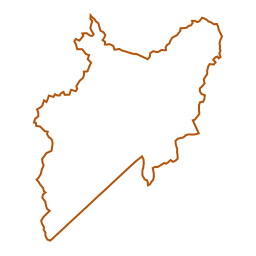 Barão do Triunfo, Rio Grande do Sul, Brazil (orthographic projection)
{"feature_id": "56859067B82234756423310", "entity_name": "Barão do Triunfo", "entity_type": "district", "adm_level": 2, "iso_a3": "BRA", "parent_name": "Brazil", "parent_adm1": "Rio Grande do Sul", "projection": "orthographic", "projection_center": [-51.79, -30.431], "detail": "fine", "context": "isolated", "style": "outline", "palette": "amber", "viewbox_px": 256, "rotation_deg": 0, "n_neighbors": 0, "source": "geoboundaries", "source_scale": "gbopen_adm2", "svg_char_len": 2798}
<svg xmlns="http://www.w3.org/2000/svg" viewBox="0 0 256 256"><path d="M90.6,15.4L90.4,19.0L92.3,20.9L91.0,25.1L90.4,28.1L91.5,30.8L93.7,34.1L92.3,35.9L90.0,35.6L86.6,33.2L82.4,33.4L83.3,35.9L79.4,40.6L75.8,39.0L74.3,41.4L76.0,44.4L77.2,49.2L82.1,49.2L86.0,54.1L89.1,55.1L87.7,59.2L91.1,62.7L89.7,65.6L87.4,71.4L83.8,71.7L84.1,74.6L83.0,77.9L79.5,81.0L76.3,86.2L77.2,88.8L75.7,91.2L71.1,89.8L69.3,94.7L64.7,94.8L63.5,91.9L60.7,93.5L59.7,95.5L57.1,95.4L55.1,94.2L53.4,96.9L48.8,95.6L48.0,98.4L46.5,102.0L44.0,100.4L42.4,105.6L40.1,107.7L37.0,109.4L38.3,112.8L38.3,116.3L35.0,119.0L34.0,122.5L35.9,122.9L36.2,125.8L40.1,126.5L44.8,131.2L47.7,131.7L47.0,134.1L48.8,137.1L50.8,138.4L52.2,140.6L52.6,143.8L51.5,150.8L46.2,153.2L44.5,155.9L42.1,158.9L42.5,162.6L43.7,165.3L41.8,169.5L40.9,173.8L38.5,177.8L36.6,179.7L38.4,181.6L40.1,184.4L43.1,188.0L43.9,191.3L45.5,192.5L42.9,194.6L42.3,197.8L45.2,201.5L46.1,205.8L47.0,208.8L49.7,210.8L43.6,216.8L41.2,220.5L41.9,223.6L44.0,227.2L43.6,229.6L45.5,232.8L45.3,235.1L46.1,237.4L47.5,239.6L50.2,240.6L54.5,236.8L66.6,225.5L88.5,205.2L99.4,195.0L105.7,189.3L112.5,182.9L127.3,169.1L135.8,161.3L142.0,156.4L143.5,159.3L143.8,163.3L143.2,168.1L142.4,170.4L142.4,175.4L144.7,179.4L147.0,180.3L147.8,182.6L148.0,185.3L149.9,184.4L151.4,181.9L153.2,179.8L153.9,176.3L153.6,172.2L152.7,168.1L155.1,166.9L157.6,167.0L159.7,165.8L161.8,164.5L164.2,163.0L166.2,163.7L168.5,162.0L170.6,160.0L172.9,161.8L175.5,160.7L177.7,158.6L177.5,154.9L177.0,151.9L177.3,149.3L176.6,147.2L175.7,143.8L175.5,140.8L177.9,138.7L181.4,137.9L183.4,137.4L185.9,135.2L188.4,134.4L191.1,134.5L194.1,134.5L196.5,134.1L198.7,133.3L192.8,120.3L194.9,119.6L196.8,117.1L198.3,115.4L199.4,113.3L198.9,110.2L199.0,107.8L199.0,105.2L200.1,102.2L203.1,101.8L204.4,98.9L204.8,95.2L201.6,94.1L199.9,91.3L199.9,88.4L202.2,86.2L204.6,83.4L203.7,79.5L205.5,76.5L207.2,74.0L207.2,70.6L208.2,66.5L209.6,64.1L211.7,64.3L213.9,64.5L215.6,62.2L213.2,59.8L215.4,57.3L217.4,56.5L218.8,58.3L220.6,56.9L219.3,53.5L220.5,50.9L219.8,48.7L220.1,46.1L219.5,43.7L220.3,40.1L222.0,36.4L220.1,32.7L218.6,29.4L218.2,26.9L216.9,24.0L213.7,24.2L211.2,22.4L208.6,21.5L206.0,19.3L204.0,18.4L202.1,17.7L199.4,21.2L197.5,22.1L194.5,20.8L192.1,20.9L192.6,23.0L190.9,25.5L188.7,25.8L186.9,27.6L183.9,28.1L180.4,28.3L180.4,30.7L177.1,35.1L174.3,36.6L172.3,37.6L170.3,40.9L169.2,43.7L166.9,45.0L165.7,47.4L165.9,50.2L163.6,50.2L161.6,49.9L158.7,51.7L156.7,52.1L153.2,51.2L150.3,53.1L149.8,56.7L147.7,59.2L137.7,54.5L135.7,53.9L133.1,53.8L128.9,52.6L124.9,51.3L121.7,50.4L119.3,48.9L116.4,49.5L114.4,49.6L113.4,46.1L111.5,45.0L109.6,44.2L106.9,44.6L104.9,44.5L105.0,41.8L102.6,40.1L104.2,37.8L105.3,35.1L103.5,32.2L100.5,30.8L98.3,23.2L96.0,21.5L94.5,19.1L92.3,17.4L90.6,15.4Z" fill="none" stroke="#b45309" stroke-width="2"/></svg>